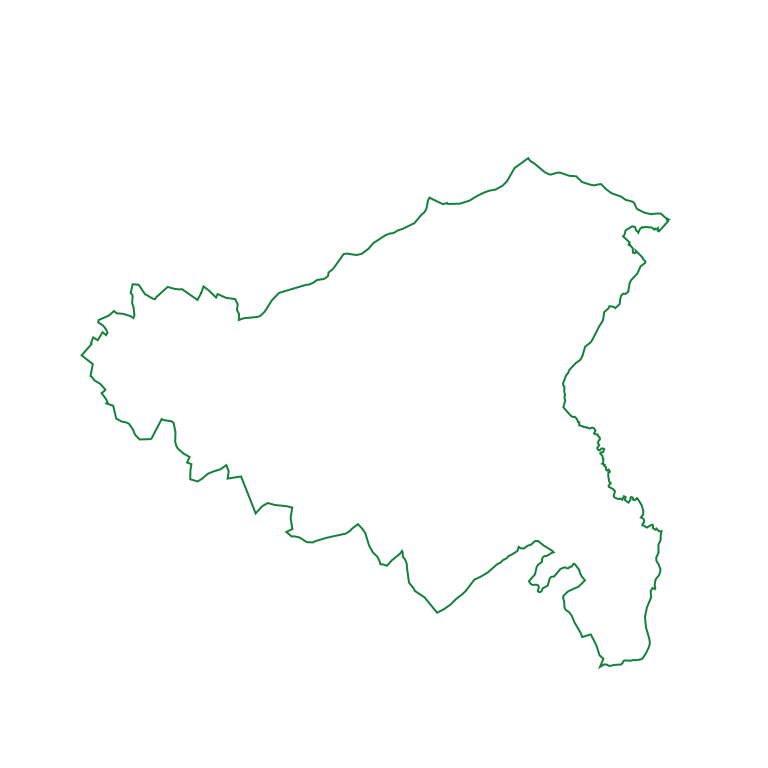 the district of Los Palmitos, Sucre, Colombia, rotated 189°
{"feature_id": "7082276B95159519870564", "entity_name": "Los Palmitos", "entity_type": "district", "adm_level": 2, "iso_a3": "COL", "parent_name": "Colombia", "parent_adm1": "Sucre", "projection": "orthographic", "projection_center": [-75.243, 9.42], "detail": "fine", "context": "isolated", "style": "outline", "palette": "green", "viewbox_px": 768, "rotation_deg": 189, "n_neighbors": 0, "source": "geoboundaries", "source_scale": "gbopen_adm2", "svg_char_len": 6114}
<svg xmlns="http://www.w3.org/2000/svg" viewBox="0 0 768 768"><g transform="rotate(189 384 384)"><path d="M84.4,223.7L84.1,224.9L85.2,227.6L85.3,231.9L84.8,234.2L82.4,238.2L81.8,242.6L81.9,244.0L84.2,248.3L87.1,251.7L88.0,254.9L86.5,260.6L87.8,268.1L86.4,273.0L87.1,278.5L86.8,282.0L89.2,281.5L92.3,283.8L92.9,282.6L93.9,282.7L96.1,284.0L95.9,285.3L96.6,287.0L98.2,286.4L102.0,283.3L105.4,284.8L106.7,284.8L106.8,286.0L105.5,288.4L105.8,290.1L106.9,291.6L109.4,292.4L107.7,295.3L107.9,298.9L110.6,304.7L115.9,310.7L116.3,310.7L116.3,309.9L117.0,310.0L118.2,308.6L119.2,308.4L120.0,309.1L120.5,310.7L122.3,311.0L122.7,310.4L122.5,308.1L123.9,305.1L128.0,307.1L127.6,310.0L129.5,310.7L130.6,306.9L132.8,307.9L134.1,306.9L138.6,308.0L139.6,309.3L139.1,314.3L141.2,316.0L145.8,317.6L146.3,319.0L144.5,321.5L146.1,322.4L148.2,328.4L148.5,331.9L147.4,332.3L147.3,333.0L148.7,334.6L150.1,333.5L151.1,333.9L151.9,336.7L153.7,337.7L153.4,338.8L156.0,339.4L155.3,340.1L155.6,344.4L156.1,344.5L157.1,347.2L159.6,349.3L159.1,350.1L156.9,351.1L156.4,354.2L157.6,354.6L159.3,354.2L160.6,352.1L162.3,352.5L163.4,354.2L161.9,357.3L163.6,359.2L162.9,362.0L162.1,362.9L162.6,365.0L164.2,366.0L165.0,367.5L167.3,367.4L168.8,368.0L167.8,370.9L169.5,373.0L171.6,373.5L174.1,372.1L176.1,372.9L177.0,372.4L178.3,373.1L179.9,372.7L181.2,373.3L184.8,373.8L185.1,376.7L186.5,376.8L187.1,378.3L189.0,380.5L190.5,381.4L192.4,381.0L194.6,381.9L203.2,389.0L202.4,396.3L203.7,398.7L203.4,401.0L204.9,405.1L205.4,409.6L206.8,410.9L207.3,412.4L205.5,420.9L203.8,423.9L203.2,426.8L197.8,434.8L194.1,438.3L193.2,440.2L192.3,443.3L191.2,452.3L186.6,457.2L185.3,459.8L180.4,474.8L178.0,480.3L177.6,482.1L177.8,489.3L174.1,493.9L173.5,496.1L169.4,496.2L167.5,495.1L164.1,499.3L163.7,500.2L164.0,504.0L163.6,508.3L161.9,510.7L159.4,510.8L157.2,513.5L157.2,521.6L156.2,525.2L151.1,532.6L149.0,540.3L145.0,544.5L145.0,546.0L147.2,547.5L149.2,550.0L156.2,555.0L155.7,553.6L156.6,552.5L158.7,552.7L159.5,556.8L162.7,559.8L163.1,559.4L164.2,559.8L163.5,562.2L171.0,567.3L169.8,569.0L169.4,573.6L163.4,578.6L160.7,578.3L158.7,574.8L157.4,574.3L156.5,573.2L155.5,577.0L153.8,579.2L153.3,578.9L150.4,580.0L144.0,580.4L140.9,578.7L140.3,580.0L138.8,579.9L138.0,580.7L138.0,579.8L137.1,579.1L137.6,578.2L136.4,577.7L128.4,589.9L129.5,589.2L130.3,590.4L128.8,591.1L131.9,592.2L137.2,595.6L142.2,594.9L146.5,593.5L153.3,593.9L160.3,596.0L162.0,597.0L165.0,601.6L166.7,602.9L174.2,603.7L178.8,606.1L189.0,608.0L194.6,610.8L201.1,615.5L207.8,613.0L211.8,613.2L220.2,614.5L226.6,619.2L233.4,618.6L243.2,620.3L246.5,619.6L252.0,616.9L253.9,616.9L258.5,618.4L269.2,624.9L274.8,627.4L276.9,629.6L288.8,617.8L294.2,603.6L297.8,598.5L304.4,593.4L310.5,591.3L315.0,588.8L321.2,584.5L328.4,578.4L337.2,574.0L349.2,571.8L350.0,572.7L353.8,570.8L368.3,575.1L369.3,571.8L369.5,564.3L370.2,561.8L371.0,559.9L373.5,557.0L379.1,547.7L389.9,540.1L394.4,537.8L398.3,534.5L401.6,533.6L405.7,531.3L416.5,521.6L420.5,515.1L426.4,509.1L431.2,507.1L441.2,507.0L444.2,506.0L452.1,490.1L456.2,485.4L456.1,482.2L458.3,479.4L460.2,478.2L466.5,476.2L470.2,472.6L473.6,470.5L477.0,469.5L501.9,457.6L507.9,449.0L513.1,436.9L516.6,432.1L519.3,430.5L533.1,426.9L537.4,424.5L538.2,430.6L540.8,433.9L541.0,439.9L544.3,444.6L553.5,444.4L562.4,446.8L563.4,443.1L571.5,448.9L577.5,452.1L578.7,445.5L579.1,445.4L579.0,444.5L581.4,437.9L598.4,446.1L600.7,445.4L606.4,445.2L612.8,446.1L622.5,434.1L623.5,431.9L625.9,432.2L634.3,435.5L641.9,443.7L647.8,443.2L648.5,434.3L646.5,432.7L646.0,431.2L645.5,424.8L643.3,420.3L641.2,412.7L641.9,410.0L644.7,411.3L652.4,412.5L659.0,412.0L662.1,413.8L666.4,408.6L675.9,402.5L675.9,400.1L670.6,397.8L667.3,394.7L665.1,391.4L666.2,388.8L670.1,391.1L673.6,382.5L678.5,384.5L679.8,378.6L679.0,377.8L687.2,365.0L674.7,358.1L675.1,346.0L673.1,344.9L670.6,342.2L664.3,339.8L658.4,334.9L659.2,333.2L661.5,330.9L656.0,325.4L654.2,322.6L655.2,321.4L648.1,320.2L643.1,308.0L636.9,305.8L633.0,305.8L629.4,304.7L624.8,299.7L621.9,294.9L616.7,291.0L605.7,293.1L605.0,294.0L598.1,314.6L596.3,313.9L588.2,313.9L585.7,312.7L582.4,303.7L581.2,294.2L579.2,290.0L577.5,287.9L571.1,283.9L564.6,281.5L566.2,275.6L561.7,274.7L561.7,268.4L560.5,259.6L552.8,258.6L548.8,262.1L543.8,267.9L538.3,271.2L532.2,274.1L527.0,279.2L523.7,273.4L523.7,266.1L510.7,270.3L490.5,236.1L485.2,244.3L480.1,248.3L472.8,247.4L461.6,248.1L455.3,247.6L455.3,237.1L451.8,226.4L457.3,222.6L451.2,218.9L448.9,219.5L443.4,219.2L435.5,215.7L429.5,216.4L427.5,217.9L417.2,222.9L398.5,230.2L395.1,233.1L392.7,236.4L387.8,241.5L382.7,237.5L379.2,233.9L373.5,222.2L368.4,215.7L363.8,212.6L360.7,208.4L359.4,205.4L356.9,205.7L352.7,204.9L348.4,211.4L342.0,218.4L340.0,221.9L339.1,220.4L338.4,216.4L335.6,213.8L333.3,209.7L332.5,205.7L328.2,191.7L322.7,186.7L321.1,184.4L310.4,179.5L295.8,166.4L290.1,170.5L283.7,176.6L279.0,183.2L273.7,188.7L270.8,192.5L264.1,205.0L258.6,208.6L251.6,214.5L244.1,223.7L241.1,225.7L239.0,228.6L235.7,230.9L234.2,233.5L231.6,235.1L226.2,239.8L225.4,244.2L223.5,243.1L220.2,243.4L216.6,246.9L213.6,248.3L210.3,252.5L207.5,253.1L200.5,249.2L192.1,245.8L190.2,244.3L192.1,243.3L196.1,239.8L198.3,239.2L199.8,238.0L200.6,235.6L200.2,233.0L203.4,229.8L204.6,227.2L205.1,219.6L209.9,212.1L209.8,211.5L207.6,209.4L205.8,208.8L202.3,209.6L200.1,209.2L199.2,207.1L199.8,203.8L198.7,202.8L197.1,203.0L195.9,204.1L195.4,206.9L190.7,210.5L190.0,217.1L189.3,218.9L188.5,219.8L185.8,220.5L180.8,228.9L177.4,231.0L176.0,231.2L174.5,230.6L173.0,230.9L171.8,232.5L170.0,233.0L168.7,236.0L167.3,235.9L162.0,230.8L161.0,228.2L159.0,225.3L154.8,221.5L159.9,214.5L169.6,208.1L172.5,204.5L173.7,202.3L173.7,200.7L171.8,196.7L170.8,191.6L169.2,189.4L165.3,187.5L162.5,184.7L158.1,177.7L150.7,168.8L148.7,165.1L140.6,169.0L133.4,159.2L128.7,149.8L124.3,146.9L126.4,138.4L122.8,141.4L120.4,141.8L118.1,140.9L116.2,141.0L113.0,142.5L106.1,144.0L104.8,145.5L104.2,147.7L103.2,148.6L96.8,149.3L94.8,150.4L91.4,150.7L86.8,152.4L85.7,153.4L83.4,158.3L81.4,164.8L80.8,169.2L81.9,173.4L87.1,184.5L89.8,194.5L89.4,204.2L86.8,215.1L88.2,221.0L86.9,224.6L84.4,223.7Z" fill="none" stroke="#15803d" stroke-width="2"/></g></svg>